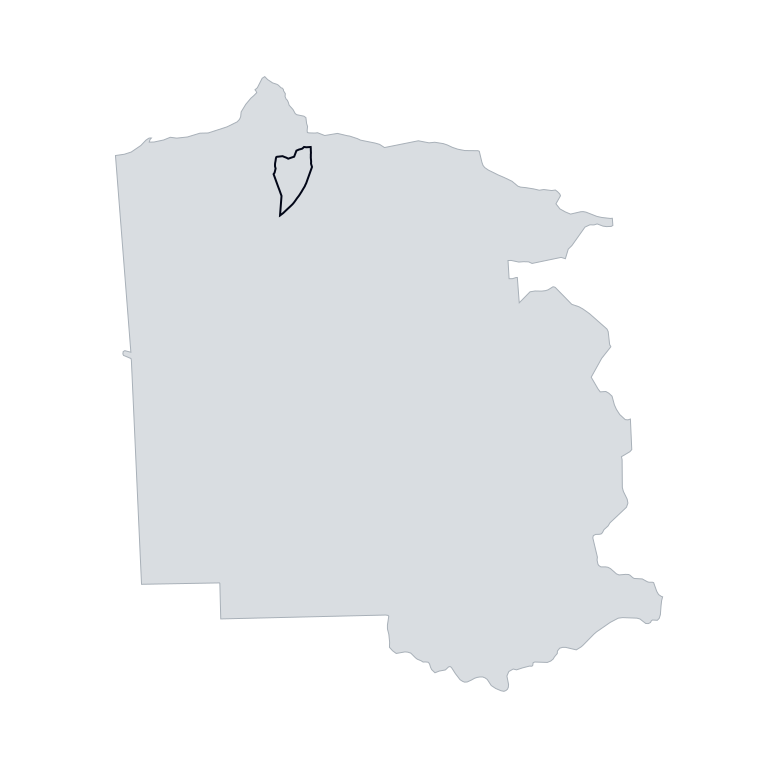 location of Dordieb, Red Sea, Sudan, rotated 265°
{"feature_id": "16777658B19100050508345", "entity_name": "Dordieb", "entity_type": "district", "adm_level": 2, "iso_a3": "SDN", "parent_name": "Sudan", "parent_adm1": "Red Sea", "projection": "orthographic", "projection_center": [35.963, 17.512], "detail": "fine", "context": "in_parent", "style": "outline", "palette": "ink", "viewbox_px": 768, "rotation_deg": 265, "n_neighbors": 0, "source": "geoboundaries", "source_scale": "gbopen_adm2", "svg_char_len": 4518}
<svg xmlns="http://www.w3.org/2000/svg" viewBox="0 0 768 768"><g transform="rotate(265 384 384)"><path d="M529.2,625.9L522.0,625.8L521.2,624.1L521.4,619.4L522.2,615.9L524.9,610.3L524.2,607.2L524.6,602.9L522.8,597.9L505.6,583.3L502.3,579.3L493.0,575.6L494.7,571.5L491.2,542.0L493.1,538.7L493.7,533.5L493.7,529.0L496.0,521.5L496.2,518.3L478.0,517.8L477.7,521.0L478.5,524.7L478.5,526.1L453.1,525.8L463.1,537.5L463.5,542.6L462.8,548.9L462.9,552.9L463.5,555.6L466.1,560.8L465.9,561.8L465.3,563.0L447.0,578.0L443.9,585.0L441.4,588.7L436.1,594.9L419.3,610.9L416.6,611.9L404.0,612.2L402.8,612.5L401.8,613.2L401.2,613.1L390.6,603.1L372.7,591.0L360.6,596.7L357.3,598.7L357.2,604.3L355.3,607.1L352.0,610.1L343.1,611.7L338.5,613.3L333.0,616.2L327.5,621.2L327.0,623.9L327.6,626.4L297.1,625.1L295.1,623.0L290.9,614.2L287.8,614.6L260.1,612.4L256.1,613.1L248.1,616.2L244.1,616.6L240.1,614.8L226.0,597.0L223.0,594.8L219.8,590.5L216.8,588.6L215.7,587.2L215.5,585.4L215.7,581.7L214.7,579.3L212.5,578.6L192.9,581.5L190.1,580.9L186.0,581.4L184.6,582.0L182.9,584.1L182.5,588.8L181.9,591.1L180.3,593.6L174.6,599.0L173.3,601.5L173.3,607.9L172.9,611.1L172.0,612.5L169.5,614.8L168.5,616.2L167.3,624.3L164.1,629.0L163.4,630.7L163.1,634.2L162.6,635.3L153.7,637.6L150.3,639.2L148.2,641.8L147.7,643.0L144.0,641.7L139.2,640.7L130.1,639.2L126.5,637.7L124.8,635.7L125.5,630.8L124.7,629.6L123.2,628.7L122.3,626.5L122.6,623.9L127.6,618.5L128.7,615.6L130.5,601.3L130.3,596.9L126.8,588.6L118.6,574.2L116.5,571.3L106.1,559.1L104.9,557.4L102.4,552.4L105.8,542.0L106.1,539.1L105.5,536.0L102.9,533.5L100.4,533.1L97.3,530.0L95.3,528.6L93.5,526.0L92.4,522.4L93.9,510.0L93.4,508.3L90.6,507.6L90.0,506.7L90.3,504.3L89.1,497.1L87.7,491.1L88.8,487.9L86.7,483.3L82.4,481.0L73.7,481.9L71.0,481.4L69.2,480.4L68.0,478.7L67.4,476.7L68.2,473.9L70.9,468.8L74.2,464.6L80.7,461.1L82.4,459.1L83.5,456.9L83.8,454.2L83.6,451.3L83.0,448.7L81.4,445.1L79.9,440.9L80.0,438.2L81.0,436.3L82.8,434.0L89.2,429.9L95.7,426.5L96.8,425.2L96.5,423.6L93.8,420.2L93.2,414.0L91.9,409.6L95.3,406.6L97.7,405.7L101.4,404.9L103.0,403.7L103.5,401.1L103.6,398.7L105.0,396.9L107.0,393.1L108.5,391.5L113.6,387.2L114.8,384.3L115.3,381.5L114.5,372.7L117.5,369.3L121.2,366.5L126.3,367.1L134.2,367.0L139.7,366.1L143.5,366.4L152.2,368.5L153.1,367.9L153.7,365.6L164.2,200.9L199.7,203.1L200.2,202.8L205.6,125.0L429.6,134.4L431.4,134.2L435.2,127.0L436.7,126.5L439.0,127.0L439.8,128.7L437.7,134.6L635.0,136.4L635.5,145.3L637.1,152.4L642.8,162.6L647.6,168.0L649.3,171.0L649.5,172.4L649.3,173.7L647.9,172.2L645.4,171.2L645.1,176.0L646.3,185.8L648.4,192.6L647.0,198.9L647.2,209.7L649.9,222.5L649.4,230.7L653.8,249.9L657.9,260.5L660.2,263.1L662.7,264.5L667.5,265.4L674.7,270.7L680.4,276.4L682.5,279.3L685.3,282.6L687.1,282.0L688.3,281.1L690.2,283.7L699.2,289.3L700.6,292.0L697.4,294.6L693.7,299.2L691.9,303.4L691.0,304.7L688.0,307.3L687.5,308.6L686.2,309.4L684.8,309.5L681.8,311.0L679.0,310.5L676.2,311.4L675.2,312.4L673.0,313.2L670.0,313.8L665.3,317.3L661.2,319.1L659.9,320.5L657.8,327.5L656.2,329.4L650.2,329.6L647.2,330.3L643.1,329.5L641.2,329.6L640.7,331.1L640.0,337.1L640.1,339.7L636.7,346.6L637.7,359.5L634.5,369.1L634.0,371.3L630.7,379.0L629.0,381.8L624.8,396.1L623.1,400.5L619.5,405.1L623.3,439.4L620.3,449.9L620.4,455.6L618.3,464.0L616.6,467.9L613.8,472.7L611.5,477.9L609.5,484.9L608.2,498.0L607.5,499.2L596.6,500.8L593.1,501.7L590.8,503.2L588.0,506.6L582.4,515.8L579.4,521.4L574.8,529.2L569.4,534.6L568.2,537.3L567.3,542.2L565.3,550.1L563.5,555.6L563.8,560.1L562.1,567.9L562.3,571.6L560.4,573.7L557.9,575.7L556.1,576.2L548.5,571.0L543.1,574.5L539.7,579.5L537.0,584.6L538.5,595.3L538.3,597.7L537.6,600.2L532.4,610.7L530.9,615.5L529.2,623.9L529.2,625.9Z" fill="#d9dde1" stroke="#a8b0b8" stroke-width="1"/><path d="M590.6,323.9L595.4,326.1L598.0,327.3L606.5,331.2L609.8,330.5L612.0,330.8L614.1,330.8L615.9,330.8L617.6,331.0L619.1,331.1L619.5,331.2L621.0,331.4L621.3,331.4L621.5,331.4L623.8,331.5L625.2,331.6L626.5,331.6L626.6,327.3L627.1,325.0L625.6,323.1L625.2,321.2L625.0,319.8L624.1,317.1L618.3,314.3L616.8,308.2L617.3,307.5L618.0,306.4L618.9,304.5L619.8,302.8L619.7,298.7L619.7,297.2L619.3,296.4L617.9,295.9L615.7,295.4L613.6,294.8L612.5,294.6L610.4,294.4L608.1,294.8L604.0,293.4L602.7,292.3L590.3,295.6L586.4,296.7L580.3,298.3L560.9,295.1L561.0,295.3L561.4,295.8L563.0,298.4L563.8,299.4L566.6,302.9L568.9,305.9L571.1,308.6L572.6,310.1L574.2,311.5L576.6,313.5L579.1,315.8L583.0,318.8L584.3,319.7L585.4,320.5L588.0,322.4L589.4,323.1L590.6,323.9Z" fill="none" stroke="#020617" stroke-width="2"/></g></svg>